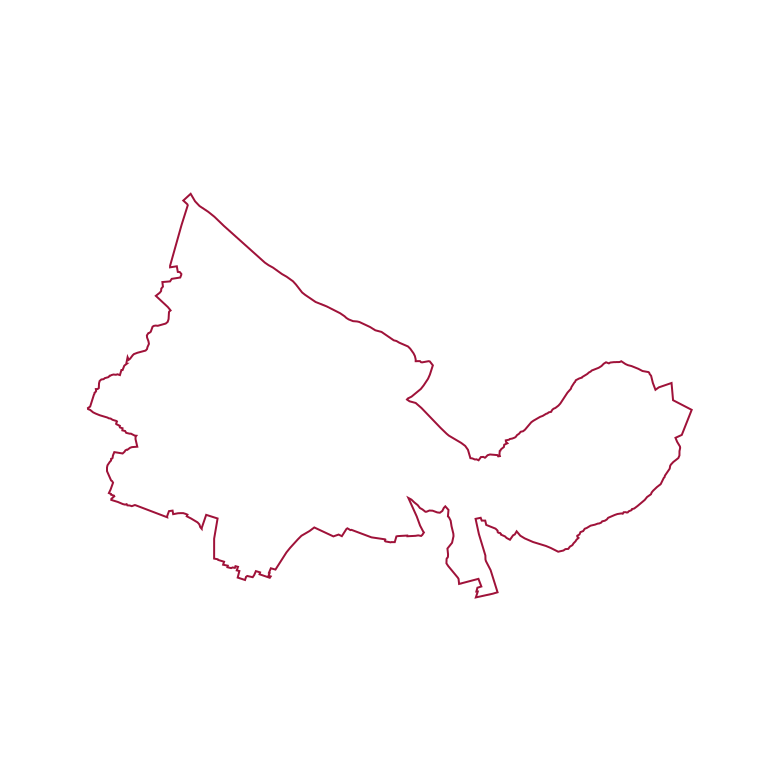 Tlaxcala, Tlaxcala, Mexico (Robinson projection), rotated 77°
{"feature_id": "50627088B5718128794016", "entity_name": "Tlaxcala", "entity_type": "district", "adm_level": 2, "iso_a3": "MEX", "parent_name": "Mexico", "parent_adm1": "Tlaxcala", "projection": "robinson", "projection_center": [-98.23, 19.317], "detail": "fine", "context": "isolated", "style": "outline", "palette": "rose", "viewbox_px": 768, "rotation_deg": 77, "n_neighbors": 0, "source": "geoboundaries", "source_scale": "gbopen_adm2", "svg_char_len": 6164}
<svg xmlns="http://www.w3.org/2000/svg" viewBox="0 0 768 768"><g transform="rotate(77 384 384)"><path d="M500.6,105.3L478.4,90.0L464.8,106.0L447.7,103.6L449.1,117.0L450.7,120.8L443.4,121.8L436.1,121.9L434.0,122.9L432.6,123.1L431.9,123.6L429.5,129.2L426.4,132.8L422.2,138.8L420.5,142.1L418.9,144.2L415.2,147.7L415.6,149.4L414.4,155.2L414.0,158.7L414.5,160.2L412.8,162.8L413.7,165.4L415.4,168.0L416.5,171.2L417.6,178.6L418.4,179.9L418.8,181.6L420.0,183.8L421.8,189.3L422.3,189.7L422.5,192.5L423.5,196.3L425.0,197.4L425.3,198.1L429.1,202.0L430.7,203.0L433.7,207.2L442.7,216.6L444.3,218.9L445.9,222.4L446.2,224.2L446.8,225.5L447.7,226.6L448.7,227.3L448.7,230.0L449.4,231.3L449.5,232.7L450.8,236.6L451.1,239.2L453.4,246.7L454.4,249.1L460.3,257.0L461.3,259.1L461.3,261.6L462.8,263.5L463.8,266.0L465.1,267.4L465.6,268.6L466.0,271.3L465.9,273.8L466.4,274.7L466.3,278.0L467.8,278.2L469.5,277.1L470.2,280.5L472.4,281.4L473.6,284.0L474.3,285.1L475.1,285.5L475.3,286.3L478.8,287.4L480.3,287.3L480.2,289.0L478.8,289.5L476.5,296.6L476.7,299.1L478.5,301.9L478.5,302.3L477.4,303.6L477.0,306.0L479.6,309.0L478.2,310.8L478.0,312.4L476.4,314.6L475.7,316.5L467.0,317.0L462.6,318.8L458.8,322.0L448.9,332.4L446.5,334.2L439.4,338.8L415.8,352.9L409.6,357.4L406.6,363.0L404.3,365.1L403.5,364.1L402.5,360.0L397.1,349.2L394.3,345.7L388.8,339.9L385.2,337.2L376.8,332.2L372.3,334.3L371.8,335.4L371.5,342.0L371.1,343.0L369.8,343.8L368.9,348.0L367.1,347.6L363.8,347.6L360.8,348.3L355.5,350.5L352.8,352.2L347.2,359.8L344.9,362.2L343.6,364.7L332.7,374.7L329.7,380.4L325.3,384.8L318.0,394.1L317.0,396.2L315.8,400.0L313.1,403.9L311.2,405.8L309.1,407.2L305.2,410.8L295.5,422.4L288.7,432.2L279.4,440.8L276.4,443.2L267.3,447.4L263.4,449.6L257.6,454.7L253.9,458.7L245.6,466.0L242.3,469.7L238.9,472.8L194.0,504.4L182.8,511.7L176.6,516.6L169.1,523.7L163.5,527.0L155.2,529.6L160.1,538.3L164.6,535.2L165.7,535.0L183.7,545.6L220.6,565.8L222.2,566.2L222.7,559.4L228.4,559.7L229.0,557.8L231.2,556.7L232.1,557.0L234.4,558.6L233.8,567.2L235.9,569.4L234.8,577.0L239.4,577.5L240.9,579.5L243.3,580.3L244.6,581.9L246.8,586.5L260.4,577.3L264.3,575.4L265.1,577.0L265.8,577.4L272.3,579.3L274.8,580.8L276.0,583.1L276.4,591.3L275.7,593.4L275.6,595.2L276.1,596.6L280.6,599.5L281.4,601.1L281.4,602.1L283.3,604.1L285.4,604.4L289.3,603.9L292.0,604.0L294.9,606.2L296.7,607.1L297.8,608.8L298.1,617.2L298.6,620.9L299.4,622.3L302.3,625.8L303.0,627.3L300.2,627.8L305.9,630.4L306.3,630.5L306.4,630.1L307.7,632.9L311.6,635.6L311.3,636.7L315.9,639.3L314.6,641.5L314.7,643.1L313.9,645.5L314.0,647.6L314.5,649.3L314.3,649.5L315.3,651.0L315.5,654.8L316.2,656.1L316.0,658.4L317.1,660.4L319.2,661.5L323.8,662.8L324.5,664.2L324.1,665.9L326.1,666.1L326.7,666.6L327.4,668.0L328.3,668.2L328.9,668.9L339.9,675.4L340.8,677.9L341.9,678.0L343.2,676.1L346.2,673.8L347.9,671.7L350.5,668.0L354.6,660.8L355.4,660.1L356.2,658.1L357.8,656.6L359.8,653.1L360.4,652.6L362.3,653.9L362.9,653.9L365.3,650.8L366.1,651.2L367.0,651.0L368.3,648.7L370.3,649.4L371.6,646.8L373.6,646.2L375.1,643.2L375.5,641.7L378.2,638.5L378.7,637.0L379.5,637.9L381.7,638.5L389.6,638.5L388.8,643.8L389.0,645.7L390.4,648.9L390.1,649.4L390.5,650.9L391.6,652.0L392.9,654.3L389.7,662.1L392.7,664.2L395.0,665.1L395.5,665.8L395.5,666.7L397.2,667.2L398.2,668.7L401.0,671.7L403.1,672.7L406.6,673.5L416.6,671.6L417.4,670.8L419.2,670.2L425.4,674.2L428.4,676.6L429.8,674.7L430.5,674.8L431.9,672.5L432.1,672.7L432.8,672.2L434.6,675.5L435.6,675.8L439.1,669.8L442.3,665.4L443.3,663.4L443.2,661.8L444.5,661.4L445.2,659.1L446.3,657.2L445.9,654.1L446.2,653.4L465.1,625.2L464.1,625.1L459.5,622.1L459.8,618.5L463.4,618.7L463.6,613.8L464.0,611.6L464.7,608.6L466.0,606.4L467.1,604.9L468.5,606.0L471.6,602.3L476.9,596.8L479.2,595.5L482.2,595.2L484.1,594.2L483.1,593.9L471.5,586.7L477.6,576.4L496.5,584.3L515.9,588.8L517.4,585.4L518.1,585.2L521.2,579.8L523.9,581.4L525.9,577.1L527.3,577.8L529.0,574.4L528.7,572.8L529.6,570.7L528.1,569.7L529.3,567.4L532.5,569.4L533.7,567.0L539.7,570.1L543.7,563.5L540.9,561.8L540.3,560.4L542.7,555.4L541.0,553.5L537.5,550.9L539.7,547.1L541.4,548.1L547.1,538.9L546.0,537.7L544.8,539.6L542.5,538.0L542.1,538.6L538.1,535.7L540.4,531.5L526.1,516.9L522.5,512.3L516.0,502.9L513.3,498.6L510.5,489.6L508.1,484.2L521.1,467.6L520.5,462.1L522.8,459.3L516.8,453.2L516.4,452.1L518.8,449.6L518.8,448.5L530.6,430.7L535.6,417.9L535.8,417.7L537.0,418.4L537.7,418.0L539.8,413.1L539.7,412.4L540.5,409.1L535.3,406.2L535.3,404.8L536.9,395.4L537.6,395.5L539.0,387.6L539.2,384.7L540.4,382.0L539.7,380.7L537.6,378.5L536.6,379.0L530.1,380.7L520.4,381.9L500.5,385.9L502.8,383.3L506.2,381.1L509.6,378.4L512.9,376.9L514.8,374.8L517.8,372.4L518.0,371.3L517.5,368.2L518.4,365.1L521.1,361.0L522.0,358.5L520.8,355.7L518.2,353.6L517.0,351.8L521.2,349.5L527.4,351.5L528.5,350.7L532.2,349.8L537.8,350.2L545.5,350.1L547.9,350.5L554.0,353.4L558.6,359.2L564.3,359.9L566.5,360.5L567.4,361.0L568.0,362.0L568.6,362.4L572.8,363.5L575.8,362.4L589.4,355.6L590.7,355.2L595.7,355.8L595.1,335.8L603.2,334.7L603.5,338.8L607.0,340.7L607.3,339.3L612.6,342.5L612.8,325.2L612.5,320.2L589.3,322.0L579.6,324.5L577.8,324.6L573.9,323.8L551.6,325.3L536.0,325.1L536.1,319.9L539.1,319.5L539.9,316.1L544.3,316.1L550.0,307.9L552.1,306.5L552.6,306.3L553.6,306.6L554.7,306.0L555.2,304.5L556.3,303.8L557.0,304.0L559.7,300.4L561.6,299.2L564.1,296.3L560.5,292.3L560.0,290.4L557.4,287.9L562.5,285.3L566.1,281.6L571.5,274.3L578.2,262.7L581.2,258.5L586.6,252.0L586.6,246.6L585.7,244.4L586.1,241.5L584.3,239.5L583.4,236.7L581.9,235.2L580.3,232.7L579.2,231.7L577.7,229.1L576.2,230.0L575.3,229.8L574.6,227.4L572.5,225.9L572.1,223.0L570.2,221.0L569.9,218.9L568.5,214.6L568.5,210.0L568.1,207.1L568.3,205.7L567.9,203.6L566.9,202.3L566.9,199.6L566.1,197.3L564.8,195.7L563.5,188.6L563.2,185.8L563.5,181.8L564.1,180.6L562.9,179.4L563.3,177.2L563.9,176.3L563.9,175.3L563.1,174.2L562.6,171.2L561.7,170.6L561.6,168.2L559.9,164.4L555.6,156.0L553.3,153.1L551.5,148.7L549.9,147.6L548.5,145.8L545.8,141.2L543.8,136.9L538.4,132.5L537.9,131.6L536.5,130.9L530.8,124.7L528.0,123.5L527.0,122.5L525.1,119.7L522.4,113.9L520.1,112.2L515.9,111.2L512.9,109.8L511.4,109.7L506.2,111.4L502.0,112.1L500.6,105.3Z" fill="none" stroke="#9f1239" stroke-width="2"/></g></svg>